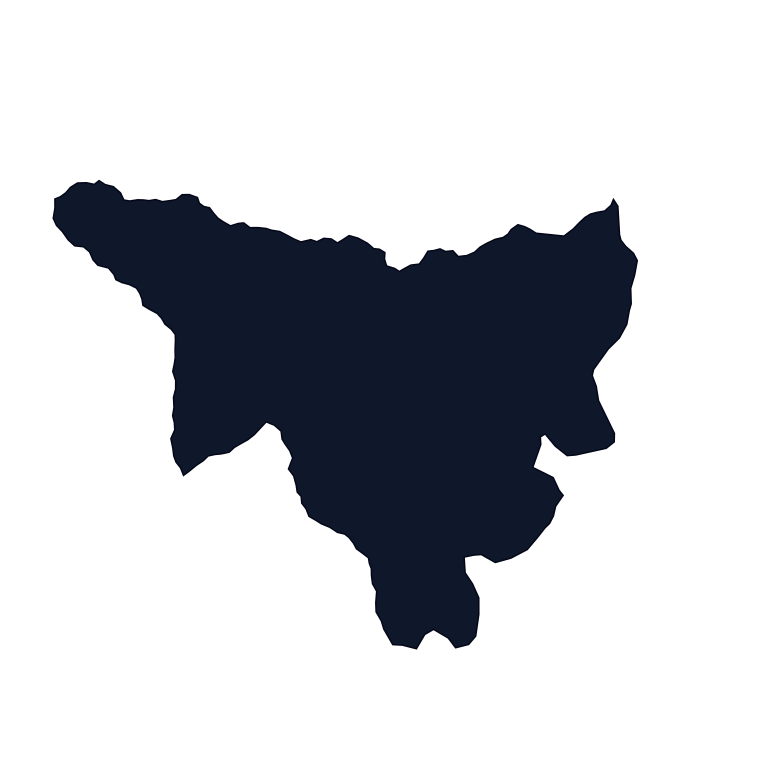 São Sebastião do Umbuzeiro, Paraíba, Brazil, rotated 255°
{"feature_id": "56859067B31063935588201", "entity_name": "São Sebastião do Umbuzeiro", "entity_type": "district", "adm_level": 2, "iso_a3": "BRA", "parent_name": "Brazil", "parent_adm1": "Paraíba", "projection": "orthographic", "projection_center": [-36.999, -8.158], "detail": "fine", "context": "isolated", "style": "filled", "palette": "ink", "viewbox_px": 768, "rotation_deg": 255, "n_neighbors": 0, "source": "geoboundaries", "source_scale": "gbopen_adm2", "svg_char_len": 2967}
<svg xmlns="http://www.w3.org/2000/svg" viewBox="0 0 768 768"><g transform="rotate(255 384 384)"><path d="M554.2,152.0L549.8,157.1L546.0,163.7L540.7,169.7L534.7,171.6L528.6,172.2L522.3,171.5L517.2,176.4L510.8,183.2L505.0,186.2L498.5,187.9L491.9,192.7L485.8,195.2L480.1,193.8L471.0,191.0L463.6,189.2L458.0,186.8L450.8,183.2L441.3,183.7L433.0,181.4L425.6,177.2L415.8,175.1L408.0,171.6L401.0,171.5L393.8,170.0L386.4,164.0L376.6,163.4L368.9,162.3L362.4,162.9L355.6,165.8L347.6,166.7L350.6,174.2L353.9,181.4L356.7,189.6L360.0,195.5L359.7,202.4L358.6,208.9L358.2,216.8L361.5,223.1L363.3,229.7L365.4,238.0L368.6,245.5L373.6,253.5L377.9,260.4L372.6,267.4L365.1,272.4L357.1,271.3L351.4,273.0L344.0,275.7L336.1,276.6L331.2,273.0L326.6,269.7L318.6,273.0L308.8,273.0L302.0,272.2L296.9,274.9L290.1,273.7L283.6,276.4L275.5,277.3L271.1,281.8L265.1,287.4L259.6,294.6L252.7,300.7L249.2,307.2L244.7,310.5L238.2,313.3L232.0,314.7L226.0,319.5L220.1,324.0L214.4,323.4L208.9,324.0L202.1,322.3L194.0,321.2L185.7,323.3L175.0,319.5L165.9,317.4L155.9,320.1L147.2,320.4L130.0,325.0L127.0,334.2L119.9,346.8L131.5,358.5L134.2,368.3L122.0,380.3L110.7,384.9L110.5,398.3L116.7,407.3L136.8,415.9L152.9,420.2L167.9,417.8L180.7,413.5L196.1,416.6L195.5,426.4L194.1,433.8L182.8,445.3L183.0,461.7L187.0,479.5L195.9,492.3L203.3,502.2L206.5,507.9L212.7,513.5L221.4,518.1L225.8,523.2L230.0,528.2L236.0,525.6L249.8,523.2L264.9,506.1L285.0,519.8L292.4,521.3L294.1,526.7L279.7,533.3L267.4,542.4L265.8,551.0L264.4,582.1L268.5,591.4L276.7,593.8L312.3,586.9L326.9,588.4L338.2,587.3L343.8,590.2L359.8,609.7L367.5,623.2L378.7,633.9L391.4,639.9L397.4,643.5L412.6,647.1L424.4,654.3L437.7,660.6L445.7,658.8L454.4,653.1L461.5,650.1L467.1,650.1L495.2,655.9L502.9,653.4L497.9,649.6L494.0,642.0L494.7,633.9L494.7,627.4L492.9,621.3L489.3,614.5L484.8,607.0L480.3,596.1L490.3,569.9L496.0,564.7L499.6,560.5L503.2,554.6L500.3,546.8L496.7,542.6L494.7,537.0L495.0,528.8L493.2,519.2L491.3,512.1L487.9,505.7L486.6,497.4L487.9,488.7L494.9,485.0L496.1,477.7L500.0,473.1L500.0,466.8L500.9,460.8L495.0,454.6L490.7,449.1L491.9,440.7L490.3,433.8L488.7,427.9L492.9,424.2L497.3,417.1L504.5,416.8L510.7,418.9L515.4,414.4L517.4,409.1L524.2,404.5L531.6,396.7L536.4,388.7L533.8,380.8L532.3,375.5L537.7,370.7L540.3,363.6L538.8,356.0L542.4,350.6L542.7,340.5L547.4,334.5L552.8,328.8L558.3,322.7L561.7,315.0L564.7,310.5L567.6,303.0L569.7,295.0L575.9,290.2L576.8,284.8L576.5,276.6L582.5,270.5L587.2,266.5L593.1,263.6L599.4,261.1L602.0,256.0L606.4,252.4L612.4,252.1L617.4,244.9L619.1,238.0L615.9,230.8L616.5,224.8L617.5,217.1L621.3,211.1L621.9,204.5L624.0,199.4L625.7,193.7L626.6,185.6L629.1,180.3L636.7,179.0L644.7,173.6L648.8,166.2L654.2,161.4L651.8,155.8L655.4,148.8L657.5,139.9L655.1,132.1L651.0,126.0L648.6,119.8L647.9,114.0L639.1,111.7L629.7,107.4L621.9,108.7L614.4,112.8L605.1,116.2L597.5,121.0L594.3,129.3L587.8,133.8L579.2,135.1L572.7,138.4L567.4,147.9L559.6,151.5L554.2,152.0Z" fill="#0f172a" stroke="#020617" stroke-width="1.5"/></g></svg>